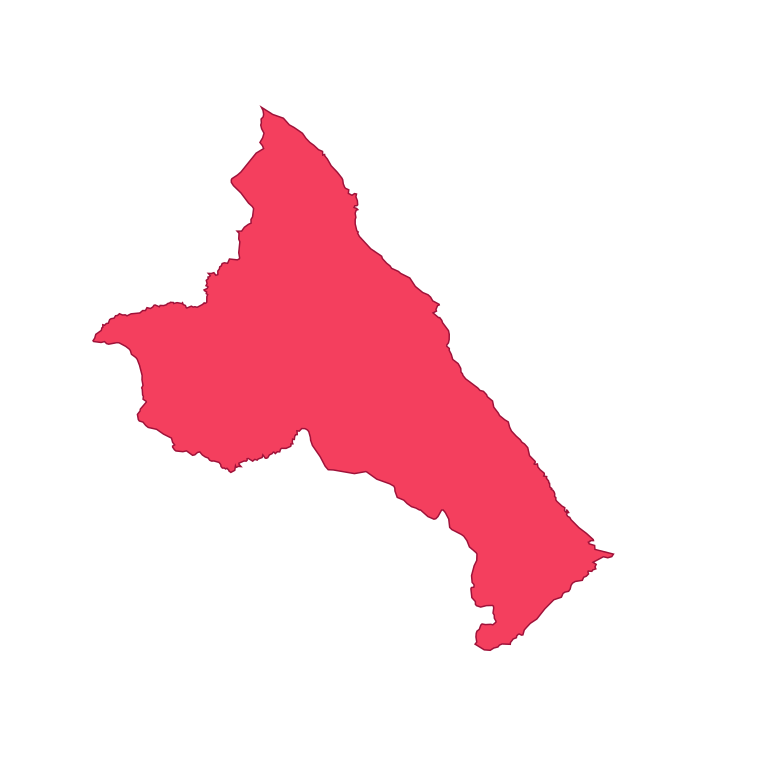 outline of Morondava, Menabe, Madagascar, rotated 116°
{"feature_id": "10022922B91714644312966", "entity_name": "Morondava", "entity_type": "district", "adm_level": 2, "iso_a3": "MDG", "parent_name": "Madagascar", "parent_adm1": "Menabe", "projection": "robinson", "projection_center": [44.353, -20.514], "detail": "fine", "context": "isolated", "style": "filled", "palette": "rose", "viewbox_px": 768, "rotation_deg": 116, "n_neighbors": 0, "source": "geoboundaries", "source_scale": "gbopen_adm2", "svg_char_len": 6171}
<svg xmlns="http://www.w3.org/2000/svg" viewBox="0 0 768 768"><g transform="rotate(116 384 384)"><path d="M472.7,664.5L473.1,663.6L470.7,656.5L468.4,653.8L469.3,651.0L468.9,648.9L464.0,642.3L463.1,640.2L463.4,632.6L464.3,628.3L465.1,626.7L468.0,624.0L469.0,618.6L470.0,616.6L474.4,611.9L482.4,605.1L486.4,603.3L490.9,600.0L493.7,600.1L494.8,598.9L499.6,596.2L500.7,594.8L503.3,593.9L503.8,590.3L504.4,589.7L513.4,592.0L515.2,591.4L519.4,592.3L523.7,589.2L524.5,587.7L523.9,583.9L525.7,580.0L526.4,576.9L524.4,568.5L525.7,560.2L525.8,551.3L529.1,548.4L530.5,545.5L532.5,546.8L533.4,546.3L535.0,543.5L535.4,541.7L533.0,535.1L530.7,532.2L532.0,524.8L530.6,523.0L527.3,521.6L525.8,519.8L527.4,516.2L527.9,512.7L527.6,509.6L528.9,507.3L528.9,505.3L527.7,503.0L526.8,497.9L527.9,495.6L529.6,494.3L530.4,492.4L529.5,490.5L529.8,489.1L528.6,488.2L529.5,485.7L530.1,485.3L530.6,482.9L527.0,480.3L522.7,481.6L523.5,480.7L523.5,480.0L521.9,478.8L520.9,476.3L519.8,479.0L518.8,479.7L514.6,476.1L513.7,474.0L512.6,473.6L511.1,474.3L510.4,473.2L510.9,468.2L508.4,467.1L508.0,464.6L506.5,464.2L503.5,461.3L500.8,461.8L502.7,458.2L502.3,457.2L501.2,456.2L497.9,455.9L495.7,454.1L493.7,453.6L493.5,452.8L494.2,451.2L491.7,450.2L490.7,448.0L487.9,448.4L486.7,447.8L484.8,443.8L481.2,440.8L480.4,440.5L478.8,441.4L477.7,439.7L476.6,440.9L473.6,442.0L473.1,440.3L470.2,441.3L468.4,441.2L467.5,439.8L464.2,441.7L463.5,439.5L460.1,438.4L458.7,435.3L458.9,432.5L459.9,430.6L464.2,426.8L466.7,425.3L470.6,421.4L477.3,409.5L483.7,400.8L485.5,396.6L483.5,392.0L477.5,371.3L470.7,362.0L470.6,361.0L472.7,348.8L471.2,335.1L471.5,330.3L472.9,328.6L475.4,327.2L480.1,322.4L479.7,315.3L481.3,310.8L482.2,305.5L481.5,300.9L481.7,296.9L481.2,296.0L483.9,286.4L483.6,279.9L482.4,278.4L479.5,277.4L472.1,277.0L471.3,275.6L472.7,272.5L477.0,266.6L484.1,262.1L485.1,259.2L485.3,248.5L485.8,245.6L488.4,240.8L493.0,235.8L495.2,227.3L496.1,225.9L501.9,223.3L507.8,223.3L517.9,221.3L523.7,217.8L524.7,215.4L525.6,214.7L527.3,214.2L528.6,216.2L530.0,216.1L537.5,211.4L539.5,206.5L542.0,205.2L542.7,203.6L542.1,199.3L538.3,194.8L535.5,189.5L535.7,188.3L537.2,187.2L542.1,185.6L543.4,183.6L546.1,182.2L548.1,179.4L549.0,179.0L552.7,180.6L553.2,182.7L555.8,187.4L556.7,190.7L558.3,191.3L562.7,190.8L565.4,192.1L567.7,191.8L571.0,190.5L575.3,187.5L577.9,188.1L579.0,177.4L576.8,171.8L573.2,169.6L570.4,166.3L568.1,165.8L565.9,163.9L562.6,156.4L560.9,157.0L556.5,156.1L554.0,153.8L552.2,154.3L550.1,153.6L549.4,152.8L549.4,150.3L548.6,149.2L543.6,150.1L540.3,149.2L535.0,147.6L528.2,143.6L515.6,140.9L503.5,136.8L497.8,131.1L493.7,131.3L491.7,130.1L489.4,127.2L486.7,126.8L483.0,127.6L480.4,127.3L477.7,125.6L473.5,119.7L470.2,119.8L468.0,117.9L465.0,116.9L463.6,118.3L462.6,118.4L461.3,115.1L459.5,114.8L457.3,112.6L455.9,114.2L453.1,114.2L452.6,118.0L443.1,111.1L442.1,106.7L439.3,103.6L436.3,103.2L440.2,121.9L436.8,123.9L437.7,129.5L436.6,131.0L435.3,129.8L434.4,129.9L432.9,127.1L432.1,127.8L429.6,136.3L427.7,145.8L424.0,156.4L422.5,158.5L422.4,161.0L421.1,162.8L419.6,162.9L418.6,161.7L417.2,163.9L417.3,164.5L419.1,163.6L419.4,164.6L418.6,166.3L415.9,167.3L415.7,170.5L413.7,177.2L412.8,178.8L410.7,179.8L410.4,181.3L408.0,182.3L406.6,183.6L405.5,185.5L405.3,187.5L404.4,187.4L403.8,189.9L400.6,191.7L400.5,192.6L399.1,193.5L397.5,196.7L395.9,197.2L396.7,200.1L395.0,200.2L393.9,201.0L392.6,206.2L391.1,209.3L388.6,211.1L390.0,213.0L390.0,214.0L388.1,213.8L387.3,214.2L384.6,221.8L378.2,226.9L376.3,231.4L375.9,234.4L374.3,237.4L372.9,242.4L370.4,248.8L367.7,252.2L363.6,255.7L363.2,260.0L361.7,266.3L360.0,268.6L356.7,275.2L351.7,279.0L350.1,285.6L348.6,287.2L347.0,291.4L347.7,295.0L346.5,297.8L343.6,312.8L341.7,316.8L340.5,317.9L339.5,320.0L336.3,321.9L334.7,324.1L333.2,326.3L331.8,333.0L327.9,336.5L325.2,340.1L323.4,340.9L322.6,344.1L321.3,344.7L318.8,344.1L315.5,344.9L310.8,347.1L307.8,349.4L303.2,358.3L301.5,359.9L299.9,363.0L300.4,364.2L298.6,371.1L295.5,368.8L294.1,370.0L290.1,370.2L288.7,369.0L288.2,369.4L287.9,376.7L285.5,380.2L284.5,383.5L284.8,389.3L282.6,398.6L277.4,407.3L277.3,417.5L276.5,420.3L276.7,427.9L275.2,430.4L274.3,434.6L272.0,440.4L270.2,442.1L268.3,455.2L262.2,470.8L260.0,473.8L258.7,473.8L258.2,475.6L252.7,480.1L248.8,482.0L246.6,482.3L243.1,484.8L240.0,485.2L238.8,484.0L238.2,485.6L238.5,488.3L236.6,488.3L235.6,486.6L234.5,486.2L230.9,488.3L228.1,491.3L225.3,492.0L225.8,494.0L228.4,495.5L228.3,499.6L224.9,500.8L225.0,504.1L224.6,505.4L222.0,508.3L218.6,510.6L217.4,512.1L214.2,518.7L211.0,527.2L206.6,533.6L205.0,537.1L203.8,538.0L205.1,539.4L201.9,541.2L202.1,545.6L200.2,551.8L199.4,556.5L197.5,561.7L194.4,567.2L192.9,577.0L192.6,582.7L189.2,590.9L190.5,602.2L189.0,615.5L191.1,612.7L194.4,610.4L196.8,609.7L199.8,610.6L203.1,608.7L205.3,608.3L208.2,605.9L211.2,601.8L215.9,601.0L221.3,601.4L223.1,597.7L225.2,595.4L232.5,600.1L256.1,605.5L260.4,607.3L266.1,610.7L267.6,610.7L269.7,609.6L271.7,606.3L275.0,596.3L280.8,585.0L282.2,580.2L283.5,578.1L291.4,575.4L294.4,575.7L297.7,574.0L300.0,575.9L304.3,578.2L309.0,579.0L311.0,583.0L312.0,580.4L317.4,578.1L319.4,575.9L329.7,572.1L334.0,569.0L334.9,568.9L336.7,570.2L339.4,577.7L344.1,577.5L345.1,580.7L346.7,582.3L349.1,582.0L350.7,583.0L352.8,582.4L355.3,582.9L358.5,581.3L360.0,582.8L358.5,585.7L360.4,587.7L361.6,590.4L362.8,587.6L364.1,588.0L365.1,589.1L366.3,588.1L368.7,589.2L371.3,587.0L373.7,587.1L373.6,585.2L374.0,584.7L375.8,584.9L378.3,587.0L378.8,586.4L379.0,583.8L380.7,583.4L380.9,581.7L383.2,581.5L388.1,579.2L389.5,579.7L390.1,580.3L389.9,581.2L392.1,582.0L397.0,585.6L397.4,587.8L398.5,589.2L398.5,591.3L402.1,594.5L402.1,595.2L400.5,596.9L400.6,599.3L399.3,600.7L400.3,601.0L401.6,605.7L403.8,608.2L403.1,609.0L404.2,611.8L405.0,612.0L406.7,613.9L408.0,614.2L410.1,616.4L411.5,619.6L413.1,619.8L413.3,624.3L414.0,625.2L416.2,625.6L418.5,627.0L419.3,630.5L422.5,630.6L423.8,633.1L427.2,634.6L431.8,642.1L435.4,644.9L435.2,646.7L436.6,649.3L436.8,652.6L439.3,653.6L440.3,655.2L443.2,655.5L444.9,657.9L446.4,658.8L450.2,658.4L451.4,660.1L453.7,660.9L454.0,662.7L456.3,661.6L457.2,662.2L459.8,661.6L465.7,664.8L469.6,664.1L472.7,664.5Z" fill="#f43f5e" stroke="#9f1239" stroke-width="1.5"/></g></svg>